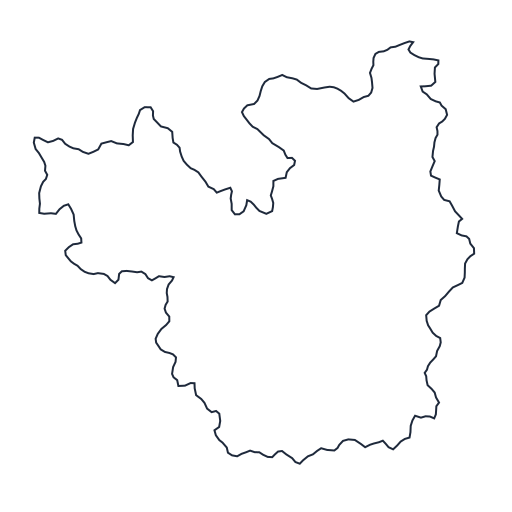 the district of São Domingos do Prata, Minas Gerais, Brazil, rotated 268°
{"feature_id": "56859067B42582373576108", "entity_name": "São Domingos do Prata", "entity_type": "district", "adm_level": 2, "iso_a3": "BRA", "parent_name": "Brazil", "parent_adm1": "Minas Gerais", "projection": "albers", "projection_center": [-42.883, -19.879], "detail": "fine", "context": "isolated", "style": "outline", "palette": "slate", "viewbox_px": 512, "rotation_deg": 268, "n_neighbors": 0, "source": "geoboundaries", "source_scale": "gbopen_adm2", "svg_char_len": 4954}
<svg xmlns="http://www.w3.org/2000/svg" viewBox="0 0 512 512"><g transform="rotate(268 256 256)"><path d="M221.9,461.2L227.1,463.7L231.9,464.1L236.3,464.3L241.2,464.7L245.4,467.2L248.3,470.2L250.7,474.1L256.2,474.1L260.9,470.6L265.7,469.6L268.3,467.0L269.4,462.2L271.8,457.5L278.5,458.8L283.4,460.0L285.9,463.3L289.5,460.2L293.7,456.5L299.5,453.7L303.9,451.4L305.5,446.0L309.0,443.2L315.0,440.9L320.7,441.7L326.1,442.3L328.2,437.7L330.2,433.7L334.4,433.2L339.7,435.6L344.6,437.9L348.8,435.8L354.8,436.6L358.9,437.7L363.4,438.3L367.7,439.6L370.9,441.6L374.5,441.7L378.4,441.0L382.1,443.6L383.9,446.8L386.4,449.5L390.4,451.9L396.1,450.7L399.8,446.7L403.0,445.1L404.3,441.0L406.8,436.1L411.6,432.3L414.5,428.3L419.7,426.6L419.7,431.0L420.1,437.0L423.7,441.3L431.9,440.8L438.2,441.4L441.5,444.9L445.1,445.1L446.3,440.2L447.0,434.8L447.6,429.5L449.0,425.5L451.3,421.2L453.9,417.4L457.1,415.6L460.5,417.5L464.2,420.5L465.1,416.8L463.6,411.8L461.7,406.4L460.3,402.7L459.8,397.8L457.5,394.5L456.1,390.8L455.7,385.9L453.8,382.4L449.8,380.4L446.2,380.0L442.6,380.0L439.2,378.1L435.0,376.3L430.0,377.6L425.9,378.0L419.9,378.3L415.3,376.8L412.2,373.9L411.1,369.2L408.4,364.1L406.9,358.8L410.5,354.1L415.3,350.1L418.2,346.7L420.4,343.2L421.9,339.7L422.6,335.6L422.0,330.3L420.8,322.9L421.5,317.0L424.8,312.1L427.5,307.1L430.9,302.9L432.3,298.7L433.6,293.0L436.0,288.5L434.2,283.8L432.9,279.5L432.5,275.4L429.6,270.9L425.4,268.2L420.7,266.5L415.8,265.1L411.3,262.9L408.0,259.4L406.9,252.6L403.8,249.1L400.3,247.0L396.3,248.7L392.3,251.6L388.8,254.1L385.3,257.2L382.8,261.8L376.4,267.9L372.4,273.1L368.2,276.2L364.0,282.7L360.4,287.4L356.2,288.9L352.8,290.9L352.8,295.4L349.8,298.3L345.6,297.3L342.6,293.0L338.7,289.7L333.1,288.3L332.3,280.7L330.4,276.0L325.1,275.8L319.8,274.2L316.0,272.9L312.4,274.1L308.4,275.1L304.2,274.6L300.3,273.7L297.8,267.8L300.9,261.0L304.3,257.9L307.4,255.6L310.5,252.6L312.1,249.1L307.1,248.1L301.1,245.2L298.3,240.9L298.4,236.4L302.7,233.3L309.0,233.5L314.3,232.7L318.0,233.3L321.5,234.2L325.1,232.7L323.6,227.4L322.1,222.9L320.7,219.0L324.3,216.1L327.0,210.8L332.0,208.1L337.3,204.2L341.6,201.3L344.3,197.4L346.0,193.8L349.7,190.1L353.6,187.0L358.0,185.2L363.0,183.8L366.9,183.4L369.9,180.9L372.3,177.4L376.9,176.8L383.0,176.6L386.8,172.3L388.8,165.5L393.2,161.6L396.5,158.6L400.0,157.9L404.3,158.2L408.3,155.9L408.6,149.9L405.9,145.2L402.1,143.8L398.3,141.8L393.5,139.7L387.3,137.6L380.9,137.0L374.2,137.0L371.1,132.7L372.5,127.6L373.4,120.9L375.9,115.3L375.0,111.0L373.7,105.4L368.0,102.0L365.8,97.1L364.0,92.1L366.1,86.6L368.9,82.5L370.0,77.2L371.9,73.3L374.8,69.2L378.9,66.2L380.4,62.4L378.1,57.3L376.9,52.0L379.5,47.1L381.8,43.2L382.0,39.0L377.1,37.9L370.6,39.5L366.5,42.6L362.1,45.0L357.4,47.6L353.5,48.7L348.6,48.1L344.4,50.2L340.3,48.7L337.6,45.9L333.2,43.5L326.5,41.5L321.1,41.5L315.8,41.9L310.9,41.1L306.6,40.9L305.6,45.8L305.9,52.6L305.1,57.5L309.6,61.3L312.9,65.7L314.2,70.2L309.6,72.8L303.8,75.2L297.3,75.6L292.0,76.4L287.8,77.5L283.8,79.4L279.7,81.9L275.5,82.0L274.5,78.4L274.1,73.6L271.4,69.3L267.9,65.5L263.5,65.9L260.2,68.4L257.1,70.8L254.6,73.9L252.5,77.3L249.0,80.4L246.2,84.2L244.6,88.0L243.6,93.1L244.4,97.4L243.4,103.3L241.2,106.9L237.3,109.7L233.8,114.2L237.1,117.7L242.9,118.6L245.4,121.4L245.6,126.2L244.8,131.7L243.9,136.6L244.4,140.9L241.8,144.8L237.6,147.3L235.3,151.1L237.1,154.6L239.2,158.3L238.2,163.8L238.8,169.0L237.7,172.9L234.4,171.2L230.6,167.7L226.1,165.9L222.1,165.5L218.2,166.1L213.6,166.1L210.4,164.0L206.6,162.8L202.6,164.0L198.5,167.2L193.8,167.1L190.2,163.8L186.4,158.9L181.6,155.1L176.8,152.8L172.9,153.2L169.9,155.1L166.0,157.5L163.3,161.6L162.1,166.1L160.6,169.6L157.5,172.5L153.0,171.9L147.9,169.3L141.1,168.0L137.6,169.4L134.7,172.9L128.8,173.9L128.9,180.5L131.3,186.2L131.0,190.1L125.9,190.1L119.0,191.3L115.0,196.3L111.0,199.4L105.2,201.8L101.5,206.2L102.5,210.7L99.7,213.8L92.4,214.5L86.4,213.2L83.3,208.4L78.3,209.6L73.3,212.9L70.7,216.0L65.6,220.1L60.4,221.1L57.6,225.1L56.5,230.2L58.8,234.7L60.2,239.2L61.7,243.3L60.0,247.8L59.7,252.5L57.1,256.2L54.8,260.7L54.4,265.2L57.1,268.0L59.8,271.2L60.2,275.2L56.7,279.3L52.7,285.1L48.7,288.2L46.9,292.5L50.2,295.9L54.0,300.9L55.8,306.0L59.1,310.3L61.6,314.4L59.7,320.3L58.9,327.5L61.3,330.8L64.3,332.6L68.2,336.5L69.5,341.9L68.7,348.4L64.4,354.4L61.1,358.4L63.4,363.4L64.5,367.2L65.6,372.4L67.0,376.3L63.9,379.0L60.3,381.8L58.0,386.3L61.7,390.5L65.5,394.1L68.0,398.4L69.2,403.1L74.5,404.2L80.9,404.7L86.2,406.6L90.8,409.4L88.7,415.2L89.9,419.9L89.5,424.2L87.5,428.4L91.4,430.2L95.2,430.6L99.6,431.0L103.1,433.8L108.3,431.0L113.3,429.8L117.0,426.9L120.9,423.0L125.8,422.1L129.9,421.9L133.3,420.5L136.4,422.9L139.9,424.0L143.4,426.4L146.6,429.7L149.5,432.4L154.8,433.7L159.5,436.5L163.2,437.6L167.6,437.2L169.8,433.3L173.2,429.9L177.7,427.4L180.7,425.6L185.2,424.3L190.9,424.0L194.4,427.4L197.3,432.4L199.9,437.2L205.6,439.1L209.3,443.6L213.8,447.7L217.7,451.6L220.0,457.0L221.9,461.2Z" fill="none" stroke="#1e293b" stroke-width="2"/></g></svg>